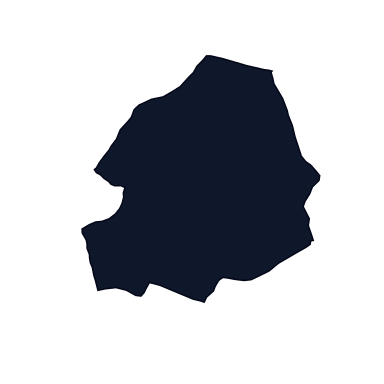 the district of Täby, Stockholm, Sweden, rotated 58°
{"feature_id": "70781695B44466819558577", "entity_name": "Täby", "entity_type": "district", "adm_level": 2, "iso_a3": "SWE", "parent_name": "Sweden", "parent_adm1": "Stockholm", "projection": "mercator", "projection_center": [18.068, 59.467], "detail": "fine", "context": "isolated", "style": "filled", "palette": "ink", "viewbox_px": 384, "rotation_deg": 58, "n_neighbors": 0, "source": "geoboundaries", "source_scale": "gbopen_adm2", "svg_char_len": 1496}
<svg xmlns="http://www.w3.org/2000/svg" viewBox="0 0 384 384"><g transform="rotate(58 192 192)"><path d="M131.9,60.1L129.4,62.4L126.5,66.0L113.9,78.6L95.6,94.9L86.6,103.9L84.2,107.6L86.2,113.7L87.9,121.0L91.5,127.5L92.7,133.2L96.4,146.2L96.4,156.8L96.0,166.2L91.9,177.2L90.3,190.6L90.2,190.6L90.4,191.4L90.9,194.6L91.7,197.7L93.8,200.3L96.6,204.1L98.2,208.9L101.2,219.8L107.2,228.1L110.4,236.5L112.4,239.9L115.3,248.2L117.9,254.7L121.0,260.5L121.2,262.9L125.0,262.8L128.9,260.5L133.8,259.4L139.0,257.1L142.4,256.6L145.8,254.2L148.9,249.0L152.8,246.4L156.2,250.6L160.1,252.6L164.6,257.3L167.7,262.0L170.0,268.5L170.8,276.4L169.3,283.7L166.4,289.6L165.3,296.2L165.1,304.8L168.7,306.8L176.6,307.1L180.2,308.4L184.1,310.8L190.6,312.1L193.8,313.9L198.2,315.7L203.1,316.5L210.7,319.4L215.6,320.7L225.6,323.9L227.9,317.3L232.8,307.1L240.5,299.7L249.9,294.5L253.2,290.4L251.9,285.9L249.1,281.4L246.2,276.1L249.5,272.9L254.4,268.4L271.1,256.6L283.7,247.6L288.6,242.7L291.9,240.0L288.9,235.4L287.3,226.3L284.2,222.2L281.1,216.2L280.8,211.2L283.4,207.8L288.9,201.8L294.6,194.8L297.7,188.3L298.8,178.6L299.8,168.5L298.2,156.5L298.8,136.7L299.3,124.4L299.0,119.5L296.4,117.4L297.3,114.8L291.4,113.3L282.1,111.2L276.8,106.7L263.3,105.5L259.7,101.0L256.0,93.3L251.5,87.2L249.5,78.2L245.8,75.0L239.7,75.8L232.4,77.0L226.3,79.5L219.4,80.3L211.2,78.2L199.8,75.4L188.8,71.7L177.8,69.7L173.4,68.1L160.7,65.6L143.6,65.2L138.3,63.2L132.2,61.5L131.9,60.1Z" fill="#0f172a" stroke="#020617" stroke-width="1.5"/></g></svg>